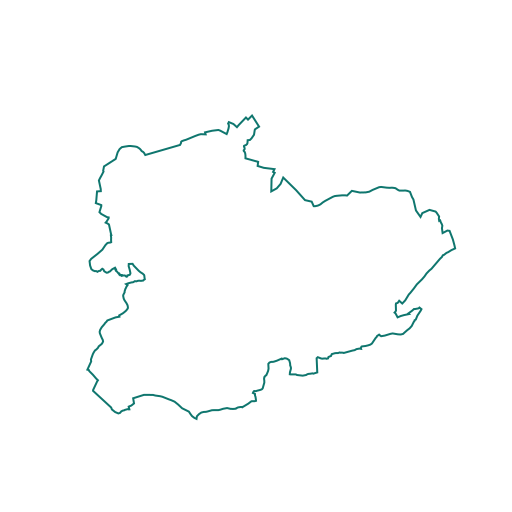 outline of Micestii De Campie, Bistrita-Nasaud, Romania, rotated 344°
{"feature_id": "2599482B41315370322587", "entity_name": "Micestii De Campie", "entity_type": "district", "adm_level": 2, "iso_a3": "ROU", "parent_name": "Romania", "parent_adm1": "Bistrita-Nasaud", "projection": "orthographic", "projection_center": [24.308, 46.848], "detail": "fine", "context": "isolated", "style": "outline", "palette": "teal", "viewbox_px": 512, "rotation_deg": 344, "n_neighbors": 0, "source": "geoboundaries", "source_scale": "gbopen_adm2", "svg_char_len": 6111}
<svg xmlns="http://www.w3.org/2000/svg" viewBox="0 0 512 512"><g transform="rotate(344 256 256)"><path d="M216.1,395.2L216.4,393.6L216.7,391.2L216.6,389.9L217.0,388.3L215.3,386.8L215.7,386.3L216.3,385.7L217.0,385.3L218.7,385.9L220.0,385.8L223.2,385.9L224.5,385.8L225.2,385.6L226.0,385.0L229.1,380.0L229.6,378.2L229.9,376.2L230.1,375.9L230.6,374.7L231.0,374.6L231.7,373.9L232.4,373.5L233.0,373.5L234.4,371.8L235.9,369.9L237.0,367.8L238.1,363.1L239.4,362.2L240.4,362.0L241.6,362.0L243.0,362.4L244.0,362.5L247.1,362.4L252.4,361.7L252.6,362.4L255.5,362.2L257.1,363.0L257.7,363.5L259.2,365.3L259.2,368.3L259.0,369.5L258.7,370.5L258.8,371.5L258.8,372.9L258.5,374.0L256.6,377.1L255.9,379.0L256.7,379.4L261.3,380.7L261.9,381.0L262.6,381.7L267.9,383.9L271.4,384.2L272.8,383.8L274.1,383.8L275.5,384.1L278.0,384.4L278.7,384.9L282.8,384.8L286.1,371.0L287.5,370.3L290.4,372.5L291.5,373.0L293.4,373.3L294.8,373.7L295.4,374.2L297.0,374.3L297.8,373.1L299.0,372.9L300.5,372.8L301.8,371.2L305.4,371.2L308.1,371.9L309.9,371.8L310.4,372.2L311.1,372.3L313.1,373.0L313.6,373.4L322.7,373.5L324.9,373.7L326.9,373.2L329.9,373.5L331.4,374.2L331.4,373.3L332.4,372.2L332.8,372.1L336.5,372.7L339.3,372.8L341.5,372.7L343.3,372.1L348.5,367.7L349.5,367.2L350.3,366.3L352.7,365.5L353.0,365.9L353.0,366.2L354.2,367.6L357.9,368.0L363.7,367.9L366.0,368.1L370.8,370.4L373.3,371.3L374.2,371.4L376.1,371.4L376.9,370.9L380.9,369.0L383.7,367.9L386.4,366.2L389.5,362.8L390.3,362.3L390.7,361.5L392.1,361.1L394.7,357.8L399.3,353.9L400.4,352.7L398.9,350.6L398.0,351.1L397.3,351.1L394.1,350.8L393.3,350.5L390.8,351.7L386.6,353.2L387.1,354.0L382.0,353.6L378.6,353.6L375.2,354.0L374.5,350.5L374.2,349.4L373.6,348.6L374.8,347.8L375.5,347.1L377.0,341.2L377.5,340.2L379.3,340.1L381.3,338.5L383.5,342.0L387.2,339.8L392.3,335.1L394.0,334.1L398.7,330.8L402.8,327.6L409.1,324.2L412.3,322.1L415.1,319.8L418.7,317.7L421.1,316.7L432.1,309.4L434.4,308.2L435.8,306.8L437.1,306.7L440.0,305.5L441.7,305.3L445.5,304.2L449.5,303.6L449.7,300.4L449.8,294.4L449.0,285.2L447.0,284.3L441.7,285.4L442.4,280.5L443.1,279.1L443.5,278.1L443.3,276.0L442.9,274.6L442.9,273.4L442.8,272.5L441.8,272.7L442.0,270.7L442.9,268.5L441.6,264.3L440.9,262.8L435.5,259.5L427.7,260.6L424.9,263.8L422.3,256.3L422.9,245.1L422.2,242.3L421.7,236.8L419.6,235.2L417.8,234.3L411.9,232.7L410.5,231.4L408.8,229.3L407.2,228.5L405.5,227.8L403.2,227.3L400.4,226.3L395.3,224.1L393.3,223.8L386.4,224.6L382.6,225.4L379.0,225.1L373.3,223.6L366.1,219.8L360.2,223.0L358.3,222.2L355.9,221.5L350.2,220.4L348.1,220.1L346.0,220.3L337.7,222.1L335.0,222.9L332.2,224.1L330.8,224.4L329.2,224.6L326.4,224.4L325.2,224.0L324.5,219.1L318.5,215.8L312.7,203.8L303.8,188.1L299.5,193.5L294.6,196.7L288.5,198.1L292.3,185.9L296.9,181.2L295.6,179.9L297.7,177.6L287.8,173.4L282.4,169.9L284.0,166.1L272.8,159.2L273.6,156.4L273.9,154.4L273.8,152.9L273.2,151.7L273.2,151.2L273.4,150.9L274.1,150.5L274.5,150.1L274.7,149.6L274.8,148.9L274.6,147.5L274.8,146.9L275.3,146.7L276.9,146.6L278.3,145.9L278.9,145.1L279.9,142.4L282.1,142.8L284.1,141.7L287.5,138.9L289.6,134.4L290.1,133.9L294.6,132.5L290.9,119.9L285.9,122.7L284.5,120.1L275.4,125.4L273.2,126.9L270.7,122.9L266.8,119.8L265.7,121.0L266.0,122.4L265.7,123.9L264.7,125.9L262.5,129.3L261.4,130.7L256.1,125.6L254.6,124.5L248.3,123.5L241.1,123.1L241.1,125.2L236.6,123.7L234.3,123.6L230.5,123.9L220.8,125.0L218.5,125.0L216.3,125.2L215.6,125.5L215.0,126.8L213.6,128.3L177.4,128.4L176.8,126.0L176.2,124.9L175.0,123.6L174.5,122.2L173.9,121.0L173.0,119.8L171.6,118.3L169.9,117.4L165.8,115.7L164.0,115.2L160.2,114.7L157.0,114.4L154.4,115.6L151.6,118.2L147.9,124.0L134.6,128.0L132.6,131.9L132.7,132.8L129.8,135.9L127.4,138.3L125.8,140.1L125.2,148.9L124.7,150.9L121.0,150.1L117.8,158.5L116.6,161.0L121.3,164.4L121.1,165.3L117.6,170.7L118.8,172.9L123.5,177.6L125.0,178.3L124.7,179.2L122.0,181.6L120.7,182.5L122.2,183.8L123.3,185.1L123.3,185.9L122.7,194.9L122.7,196.1L122.2,196.1L121.8,198.5L121.2,200.3L120.6,202.8L119.7,202.9L117.9,202.6L116.7,202.6L114.3,204.0L110.0,207.6L104.2,210.3L96.8,213.3L94.6,215.0L93.9,219.4L94.1,223.2L95.2,224.8L96.8,226.1L98.1,226.4L99.3,227.5L100.0,227.2L101.1,227.1L102.2,227.3L103.2,226.6L104.7,225.9L105.6,226.9L105.9,228.8L107.3,230.4L108.0,231.0L109.6,231.0L110.4,230.6L111.3,230.6L114.1,229.1L117.3,228.4L117.7,230.2L117.1,230.3L117.3,231.7L117.8,232.1L119.0,234.8L119.5,234.8L119.8,235.2L119.4,235.6L119.6,236.5L120.1,237.1L120.4,236.9L121.8,237.3L121.7,238.1L123.0,238.1L124.6,238.6L125.7,240.2L126.5,240.2L126.9,239.8L127.1,239.2L129.4,239.3L130.4,238.3L130.6,237.5L130.8,234.4L130.8,230.6L131.5,228.6L135.2,229.5L135.8,231.5L139.2,237.9L140.5,239.8L142.2,241.7L143.2,243.4L143.2,244.3L142.9,245.8L142.7,247.7L141.6,248.0L140.8,248.5L138.6,248.2L136.8,247.5L135.5,247.3L134.0,247.4L132.6,246.8L130.9,247.3L130.1,247.3L129.3,247.1L125.7,247.0L123.4,247.2L124.5,248.6L122.9,249.9L122.3,250.7L121.4,251.6L120.0,253.7L119.7,254.7L117.8,256.7L117.3,257.7L117.1,260.5L117.4,262.3L118.5,265.7L118.9,267.7L118.9,268.8L118.6,270.6L117.9,271.4L116.1,272.7L114.4,273.5L112.2,274.4L108.1,275.4L108.0,276.7L104.1,276.3L95.3,277.0L94.4,277.8L92.4,278.9L91.5,279.7L88.0,282.0L85.8,284.1L84.8,285.8L84.6,287.3L85.1,291.9L85.6,294.6L85.4,296.1L83.9,297.7L82.8,298.3L79.9,299.5L78.8,300.7L76.7,301.9L75.2,302.4L73.4,304.0L72.1,305.4L68.8,310.0L68.5,311.9L62.6,318.8L63.9,319.6L64.0,320.7L66.5,325.2L68.6,329.8L69.8,331.9L68.7,332.8L62.5,339.9L62.2,340.7L75.0,361.7L75.2,363.8L77.6,367.2L80.3,369.4L82.1,369.3L83.7,368.2L85.3,367.9L86.9,368.0L87.4,367.8L89.6,367.8L90.9,367.9L91.4,368.4L92.0,368.5L92.1,365.7L94.9,365.4L98.1,364.1L98.7,358.9L109.9,358.6L118.6,361.1L120.8,362.4L125.1,364.3L127.2,365.5L132.9,369.9L134.6,371.1L137.6,373.6L140.2,377.3L143.0,382.0L148.6,387.1L149.4,389.7L150.4,392.3L152.2,394.7L153.9,396.2L155.0,393.8L157.6,392.3L160.3,391.4L162.8,391.5L164.9,392.0L166.5,392.1L171.3,392.1L177.4,393.8L179.3,393.9L182.3,393.8L186.3,394.2L189.4,395.9L191.8,396.7L194.4,397.2L195.0,397.1L195.1,396.9L197.0,396.6L199.5,396.9L201.1,397.3L201.2,397.6L207.9,395.8L211.2,394.5L211.9,394.4L214.7,395.2L216.1,395.2Z" fill="none" stroke="#0f766e" stroke-width="2"/></g></svg>